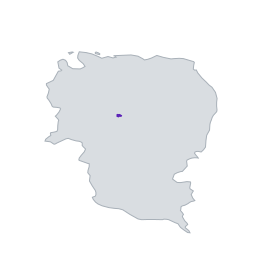 location of Kampong Chhnang, Kâmpóng Chhnang, Cambodia, rotated 108°
{"feature_id": "14789045B67282211739519", "entity_name": "Kampong Chhnang", "entity_type": "district", "adm_level": 2, "iso_a3": "KHM", "parent_name": "Cambodia", "parent_adm1": "Kâmpóng Chhnang", "projection": "equal_earth", "projection_center": [104.678, 12.271], "detail": "fine", "context": "in_parent", "style": "filled", "palette": "violet", "viewbox_px": 256, "rotation_deg": 108, "n_neighbors": 0, "source": "geoboundaries", "source_scale": "gbopen_adm2", "svg_char_len": 3244}
<svg xmlns="http://www.w3.org/2000/svg" viewBox="0 0 256 256"><g transform="rotate(108 128 128)"><path d="M208.5,36.7L209.0,39.0L207.7,43.4L206.3,47.4L203.6,50.9L203.5,53.5L202.6,61.2L203.0,63.6L203.6,65.7L204.5,66.8L206.8,74.4L209.0,81.2L211.0,86.8L211.4,90.4L209.6,99.4L207.4,107.7L207.6,111.9L208.6,116.0L209.6,121.5L210.0,128.6L209.5,133.2L208.5,136.0L206.6,139.0L204.9,140.5L202.9,138.0L201.3,137.9L199.2,138.6L197.5,139.8L194.1,144.1L190.3,148.3L185.0,149.3L183.0,152.4L180.8,152.9L176.7,153.0L174.0,153.8L174.1,155.3L173.9,162.7L173.9,164.4L173.5,164.9L171.6,165.1L168.4,164.0L164.1,162.2L161.1,161.9L159.5,165.1L158.6,166.3L157.4,166.5L156.2,167.1L155.8,168.5L155.7,170.3L156.3,173.4L156.5,178.3L156.3,181.6L157.5,183.7L164.1,190.8L166.0,192.6L166.2,193.7L165.1,197.5L166.1,202.9L164.1,202.8L160.6,200.5L159.0,199.1L157.0,200.2L156.3,200.0L154.9,197.3L153.2,194.6L151.3,194.4L147.5,195.5L143.6,196.3L142.1,196.3L141.5,196.8L139.2,200.8L138.2,200.1L134.3,198.6L130.7,198.0L129.9,199.0L130.4,202.3L131.2,205.6L130.7,206.9L128.7,208.6L126.1,211.7L124.5,214.1L123.4,214.7L119.4,214.5L115.4,214.9L113.8,217.1L112.3,218.9L111.0,219.3L105.8,213.8L95.5,211.8L94.4,209.4L93.4,208.9L92.4,212.1L86.8,215.2L84.4,213.3L82.7,211.1L82.9,208.3L84.6,206.1L87.4,204.5L88.7,198.9L86.6,191.7L84.7,189.6L82.7,187.9L80.6,190.6L78.8,195.2L77.0,197.5L74.4,198.1L70.6,197.9L69.2,191.0L68.7,185.2L69.2,178.5L69.8,174.5L66.2,169.1L66.0,163.9L64.3,161.2L63.7,162.6L63.8,164.1L63.3,163.0L57.6,147.7L56.6,140.7L57.6,135.2L58.2,133.4L56.6,130.5L54.2,127.3L50.1,123.0L49.9,116.3L49.0,108.4L47.8,105.7L45.9,100.8L44.9,96.8L44.6,86.1L45.1,85.2L48.0,84.9L51.8,84.1L52.4,82.4L51.7,81.0L54.1,78.6L57.5,73.3L60.2,67.7L62.1,64.2L63.3,60.7L67.1,55.8L72.4,52.4L76.0,51.7L79.8,50.5L83.4,48.9L85.1,48.7L89.5,50.7L91.9,51.2L94.5,51.2L97.1,51.4L99.4,51.2L104.8,49.8L110.6,50.9L115.8,50.0L122.2,48.4L125.3,49.4L128.2,51.0L128.6,54.3L129.3,55.8L130.2,56.9L131.5,56.9L133.1,54.6L134.5,52.3L134.9,51.9L135.0,53.0L135.7,55.5L136.9,58.0L138.1,59.7L140.2,61.9L141.5,62.0L145.9,59.9L152.5,62.9L153.2,64.5L155.4,67.5L157.7,69.7L162.8,69.9L164.6,64.5L163.7,61.2L160.8,55.4L160.0,52.0L160.9,51.4L165.9,50.8L166.7,50.1L167.7,46.4L169.1,46.8L171.8,47.3L174.7,44.7L176.4,42.0L177.4,43.3L178.4,45.1L179.5,46.2L181.6,47.8L183.9,50.1L185.3,52.3L186.5,53.2L189.4,52.6L190.2,52.7L191.9,50.0L193.1,48.5L194.1,48.9L195.6,48.9L198.7,45.4L200.4,42.3L201.3,41.4L204.1,43.0L205.2,42.7L206.8,38.4L208.5,36.7ZM67.3,182.0L66.7,182.4L66.2,182.4L65.6,181.8L65.7,179.3L66.1,177.8L67.0,177.6L67.3,182.0ZM75.9,206.2L74.7,207.9L72.9,204.5L72.9,203.5L75.9,206.2Z" fill="#d9dde1" stroke="#a8b0b8" stroke-width="1"/><path d="M120.2,140.8L120.2,140.7L119.9,140.4L119.7,140.2L119.4,140.0L119.3,139.9L119.2,139.8L119.2,139.7L119.1,139.4L119.0,139.2L119.0,138.9L119.0,138.7L118.9,138.6L118.8,138.4L118.8,138.2L118.7,138.1L118.6,137.9L118.6,137.7L118.5,137.9L118.4,138.0L118.3,138.7L118.2,139.0L118.1,139.3L118.1,139.5L118.0,139.9L118.0,140.0L118.0,140.3L118.2,140.6L118.4,140.8L118.4,141.0L118.4,141.5L118.5,141.8L118.5,142.0L118.7,142.3L118.8,142.3L118.9,142.2L119.0,142.2L119.3,142.1L119.5,142.1L119.8,142.0L120.1,141.9L120.1,141.2L120.2,140.8L120.2,140.8Z" fill="#8b5cf6" stroke="#5b21b6" stroke-width="1.5"/></g></svg>